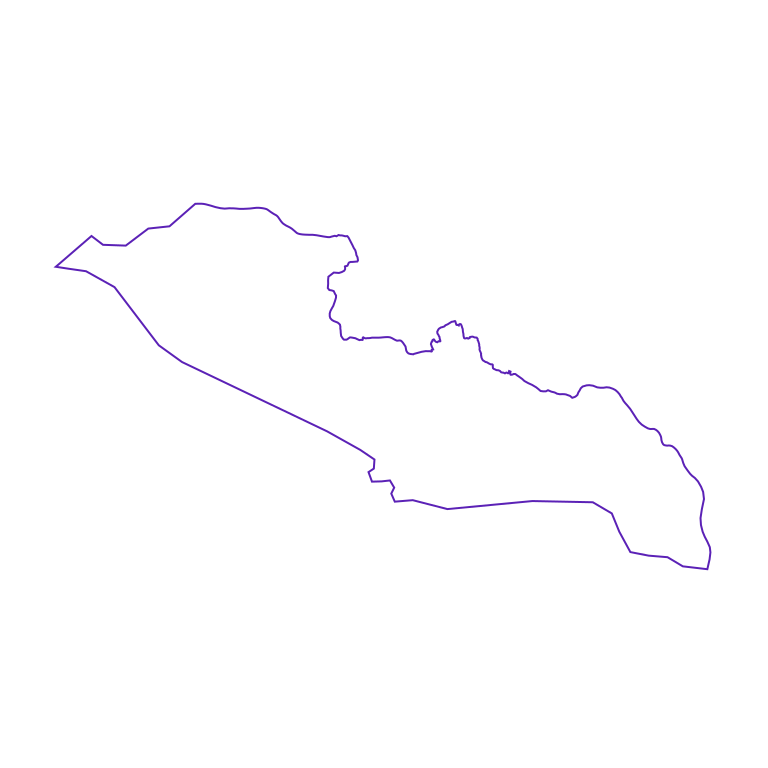 Ouango, Mbomou, Central African Republic (Robinson projection), rotated 272°
{"feature_id": "33826404B65142748169152", "entity_name": "Ouango", "entity_type": "district", "adm_level": 2, "iso_a3": "CAF", "parent_name": "Central African Republic", "parent_adm1": "Mbomou", "projection": "robinson", "projection_center": [22.589, 4.437], "detail": "fine", "context": "isolated", "style": "outline", "palette": "violet", "viewbox_px": 768, "rotation_deg": 272, "n_neighbors": 0, "source": "geoboundaries", "source_scale": "gbopen_adm2", "svg_char_len": 5571}
<svg xmlns="http://www.w3.org/2000/svg" viewBox="0 0 768 768"><g transform="rotate(272 384 384)"><path d="M489.7,51.9L488.2,64.7L486.3,82.3L471.4,111.3L414.8,157.6L398.9,181.4L334.7,328.8L317.3,362.6L308.2,377.1L299.1,376.8L295.4,371.6L286.0,375.4L286.6,385.0L287.8,393.3L280.8,397.8L274.7,395.1L266.8,398.9L268.9,416.8L261.2,451.7L272.2,536.4L273.1,596.8L262.6,616.2L244.6,624.3L224.6,636.1L221.7,654.5L220.8,673.4L212.2,689.0L210.2,713.6L220.1,715.5L227.1,716.1L232.3,715.3L237.6,712.7L242.7,709.8L247.5,707.6L254.1,705.7L261.0,705.0L269.7,706.0L273.8,706.7L280.2,707.8L287.3,706.7L292.3,704.5L297.6,701.2L301.0,697.9L303.0,695.1L305.0,693.0L308.2,690.4L312.3,687.3L315.3,685.9L317.3,685.2L319.1,684.6L320.2,684.1L323.3,681.9L326.1,680.3L327.6,679.2L329.2,677.7L330.8,675.8L331.9,674.1L332.4,672.3L332.5,670.8L332.3,669.3L332.4,667.9L332.7,666.2L333.5,665.1L335.5,663.9L337.7,663.2L339.3,663.0L340.8,662.7L342.4,662.0L344.8,660.6L346.6,658.9L347.8,657.2L348.5,655.5L348.5,654.0L348.3,652.3L348.4,651.1L348.9,649.2L350.5,646.1L352.4,643.0L355.1,640.0L358.1,637.6L361.0,635.6L367.7,630.9L371.2,627.8L373.6,625.5L375.4,624.0L376.9,623.1L378.5,622.2L379.7,621.2L381.9,619.8L384.1,617.8L386.0,615.5L387.2,613.0L388.3,609.5L388.5,606.5L387.9,603.3L387.8,600.5L388.1,597.2L389.6,593.0L390.0,589.2L389.7,586.5L388.4,582.6L386.6,580.8L384.5,579.8L382.3,578.5L379.9,577.7L378.6,576.4L377.7,575.1L376.8,572.6L378.6,570.3L379.4,567.7L379.9,566.3L380.1,564.5L380.1,562.5L379.9,560.1L380.4,557.1L381.2,555.6L381.6,554.4L382.2,551.5L383.5,548.1L382.3,546.0L382.2,543.5L382.5,540.7L384.3,538.5L386.0,536.2L388.3,532.0L389.9,528.1L391.9,524.2L393.9,521.9L396.3,518.3L397.2,516.8L398.0,515.8L398.6,514.7L398.5,513.1L398.0,512.3L397.7,511.1L397.7,510.2L398.1,509.9L399.6,509.8L400.1,509.6L400.4,509.9L400.8,510.0L401.3,508.6L400.3,508.4L399.2,508.0L399.0,507.6L399.6,506.5L399.7,505.8L399.3,505.2L398.9,504.7L398.9,504.3L399.5,503.1L399.6,501.7L399.8,500.7L401.1,499.4L401.7,497.9L401.8,495.9L402.4,494.6L403.0,493.1L403.6,492.4L405.1,492.1L406.8,492.1L407.2,491.8L407.4,491.5L407.4,491.1L407.4,489.9L408.0,488.4L409.0,486.6L409.4,485.8L409.5,484.7L410.3,483.5L411.1,482.0L412.5,481.1L414.1,480.4L415.2,480.3L415.6,480.0L416.2,480.1L417.1,479.9L417.8,480.0L418.4,479.7L419.2,479.4L420.7,478.6L422.2,478.2L423.0,478.4L424.3,478.2L425.5,477.8L426.7,477.8L427.5,477.6L429.8,476.8L430.7,476.4L431.0,476.1L432.4,476.0L433.6,475.0L433.7,472.9L434.4,471.1L434.4,470.5L434.0,468.4L433.6,468.0L432.8,467.9L432.7,467.2L432.3,466.5L432.9,465.3L432.6,464.6L432.4,463.9L432.4,463.0L432.7,462.5L433.0,462.3L433.6,462.2L434.8,461.8L436.9,461.6L438.8,461.1L440.4,460.9L441.8,460.7L443.2,460.1L444.5,459.7L445.6,459.2L446.4,458.7L446.6,457.9L446.4,457.3L446.0,457.0L445.1,456.7L445.5,456.1L445.7,455.7L445.5,455.1L445.6,454.5L445.8,454.2L447.5,453.6L449.1,453.1L449.4,452.7L448.8,451.0L448.5,449.4L447.3,447.6L445.9,445.6L444.8,443.3L443.7,442.4L443.4,441.7L442.8,440.1L442.5,438.9L441.1,436.9L440.0,436.2L438.8,435.7L438.3,435.4L436.9,435.5L436.1,435.8L435.1,436.6L433.8,437.2L433.0,437.8L431.6,438.0L429.6,438.7L428.8,438.8L428.5,438.4L428.7,437.3L428.4,436.7L427.6,435.9L427.7,435.2L427.9,434.7L428.1,434.2L429.2,433.1L430.0,432.7L430.3,432.3L430.3,432.0L429.6,431.0L428.8,430.7L428.5,430.9L428.1,430.7L427.7,430.1L427.1,429.9L426.1,429.6L425.5,429.5L424.3,430.0L423.1,430.4L421.8,431.1L421.4,431.3L420.2,431.9L420.0,431.4L419.8,430.5L419.0,430.4L418.3,430.6L418.1,430.2L418.4,428.8L418.3,425.7L418.3,424.6L417.5,420.5L415.1,412.8L414.7,412.3L414.9,409.3L415.4,407.4L416.5,406.1L418.1,405.1L422.2,404.2L425.8,401.6L427.2,400.3L427.9,399.3L428.1,398.3L428.0,397.3L427.8,396.2L427.8,395.2L428.7,393.1L430.1,390.4L430.8,388.6L431.0,387.1L431.0,385.4L430.8,383.0L430.2,378.2L430.0,374.1L429.9,370.5L429.4,368.2L429.2,365.3L429.0,364.5L429.0,363.8L429.4,362.5L429.9,361.8L429.8,361.4L429.2,361.1L428.3,361.3L427.3,361.0L427.3,359.4L427.2,358.7L427.0,357.9L428.1,355.2L428.7,353.9L428.9,352.7L429.2,350.8L429.4,349.1L429.3,348.2L428.4,347.0L427.5,345.9L427.0,344.9L426.9,342.5L427.8,341.4L430.5,339.5L433.6,339.0L436.0,338.8L438.0,338.4L439.7,338.4L441.8,337.9L442.9,336.7L443.8,335.5L445.2,331.5L446.3,329.6L448.0,328.0L449.9,327.4L452.6,327.3L455.0,327.9L457.9,329.3L460.3,330.6L462.3,331.2L464.8,332.0L466.3,332.4L468.6,333.0L470.8,333.0L472.2,332.0L475.1,330.5L475.7,328.5L476.0,326.1L477.9,324.5L482.2,324.7L485.7,324.5L489.3,324.7L493.6,329.9L493.5,332.6L493.4,335.1L494.4,337.9L495.8,340.3L497.3,341.1L499.2,341.1L499.9,340.8L500.3,341.0L500.6,342.4L500.9,343.3L502.0,343.8L503.6,344.4L504.2,344.9L504.8,346.3L504.9,348.1L505.5,353.1L506.7,353.7L509.7,353.1L511.9,351.9L514.0,351.5L516.7,350.6L518.8,349.1L521.9,347.5L522.4,347.2L529.0,343.5L530.5,342.2L530.3,340.0L530.7,338.4L531.0,336.8L531.0,334.9L531.3,333.4L530.4,332.0L530.0,331.3L530.4,329.7L529.5,326.5L528.9,324.8L528.8,323.1L529.3,318.5L530.3,311.5L530.6,307.7L530.5,304.7L530.5,300.0L530.6,297.3L530.9,294.7L531.3,293.0L531.9,291.6L535.9,286.6L537.1,284.6L538.0,282.7L538.9,280.7L540.2,278.5L541.1,277.2L542.8,275.6L544.9,274.0L547.2,272.3L548.2,271.3L548.9,270.3L550.1,267.9L551.9,264.9L553.8,262.1L554.6,260.7L555.0,259.3L555.3,257.7L555.5,256.1L555.7,253.7L555.7,252.2L555.6,250.1L555.3,247.9L554.7,244.0L554.4,240.7L554.1,237.1L554.0,233.3L554.2,230.0L554.3,226.9L554.2,223.0L553.7,218.6L554.0,214.4L554.9,209.5L556.2,204.7L557.2,200.3L557.5,198.7L557.7,197.1L557.8,194.9L557.7,192.5L557.5,189.1L534.1,164.1L531.1,143.0L513.3,121.1L513.3,98.3L521.7,86.5L492.9,55.4L489.7,51.9Z" fill="none" stroke="#5b21b6" stroke-width="2"/></g></svg>